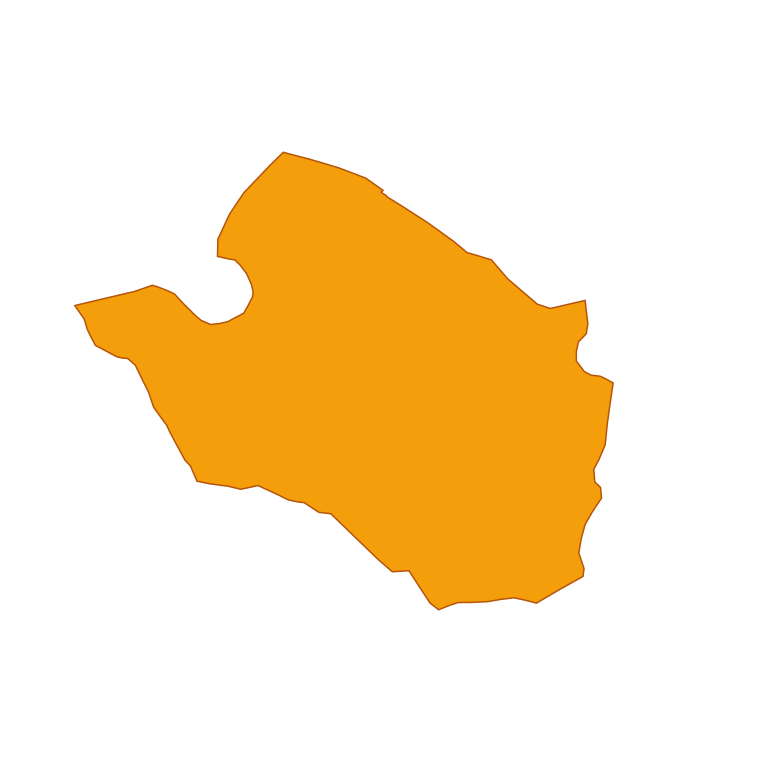 Balkanabat, Balkan, Turkmenistan (Robinson projection), rotated 224°
{"feature_id": "10190150B87050240782827", "entity_name": "Balkanabat", "entity_type": "district", "adm_level": 2, "iso_a3": "TKM", "parent_name": "Turkmenistan", "parent_adm1": "Balkan", "projection": "robinson", "projection_center": [54.258, 39.343], "detail": "fine", "context": "isolated", "style": "filled", "palette": "amber", "viewbox_px": 768, "rotation_deg": 224, "n_neighbors": 0, "source": "geoboundaries", "source_scale": "gbopen_adm2", "svg_char_len": 1923}
<svg xmlns="http://www.w3.org/2000/svg" viewBox="0 0 768 768"><g transform="rotate(224 384 384)"><path d="M187.9,259.5L184.0,268.3L179.0,278.2L170.0,287.0L158.1,299.6L150.6,309.9L142.0,320.5L132.2,326.6L122.1,332.3L114.8,358.6L111.2,370.5L107.2,383.8L111.9,390.2L126.5,397.8L134.5,409.5L141.8,422.7L145.4,437.2L148.3,453.1L156.4,460.0L164.4,460.0L173.9,468.4L176.8,478.7L182.7,494.0L195.8,510.6L209.0,528.7L219.9,543.9L228.0,541.8L233.8,539.8L241.2,534.2L248.5,532.1L261.7,534.2L268.3,541.1L273.4,549.5L273.4,560.6L279.2,568.9L297.4,583.8L301.2,577.9L307.1,568.9L312.3,560.8L316.9,553.8L324.2,550.3L329.2,547.9L341.3,547.2L367.5,545.6L372.4,546.0L392.9,547.9L405.0,541.8L414.5,536.8L415.6,536.2L432.8,535.0L464.5,530.4L476.1,528.1L490.0,525.4L512.0,520.7L513.0,521.1L519.2,519.9L519.2,522.6L540.1,519.4L566.8,508.0L592.0,494.9L617.4,480.7L617.9,462.4L617.7,424.4L613.2,399.3L613.2,399.2L604.1,372.8L592.4,360.1L581.6,366.7L577.6,369.6L572.4,369.6L570.1,369.6L559.4,367.9L548.5,363.5L542.2,359.4L539.2,355.5L536.1,345.4L534.1,337.5L535.4,333.6L535.9,332.0L538.2,325.1L538.9,322.8L539.7,320.3L542.9,315.4L544.6,312.8L547.0,310.0L550.1,306.3L552.3,305.5L559.7,302.7L561.4,302.6L567.7,302.2L571.7,302.3L584.9,302.5L592.2,302.9L597.3,303.2L604.2,300.9L614.6,296.5L619.3,294.0L623.9,284.8L627.2,278.4L628.2,276.5L633.4,268.5L646.8,247.7L659.8,227.4L660.8,225.6L644.5,222.4L635.5,217.2L627.0,214.1L618.3,211.3L595.0,218.0L590.0,221.1L586.1,224.3L576.0,224.8L569.7,222.5L556.5,217.7L547.3,214.4L534.3,207.6L530.7,206.7L515.8,204.0L512.0,203.5L504.5,200.6L488.4,195.4L474.4,191.0L467.0,190.6L466.7,190.7L450.9,184.2L439.4,191.6L430.2,198.4L425.4,202.0L414.0,208.7L408.0,217.5L404.2,223.4L382.6,230.9L372.7,234.0L363.4,239.7L358.9,243.3L355.2,243.9L341.8,246.4L332.1,253.7L321.0,253.7L301.6,253.7L283.3,253.7L266.2,253.7L247.6,254.7L236.4,267.0L198.7,258.4L187.9,259.5Z" fill="#f59e0b" stroke="#b45309" stroke-width="1.5"/></g></svg>